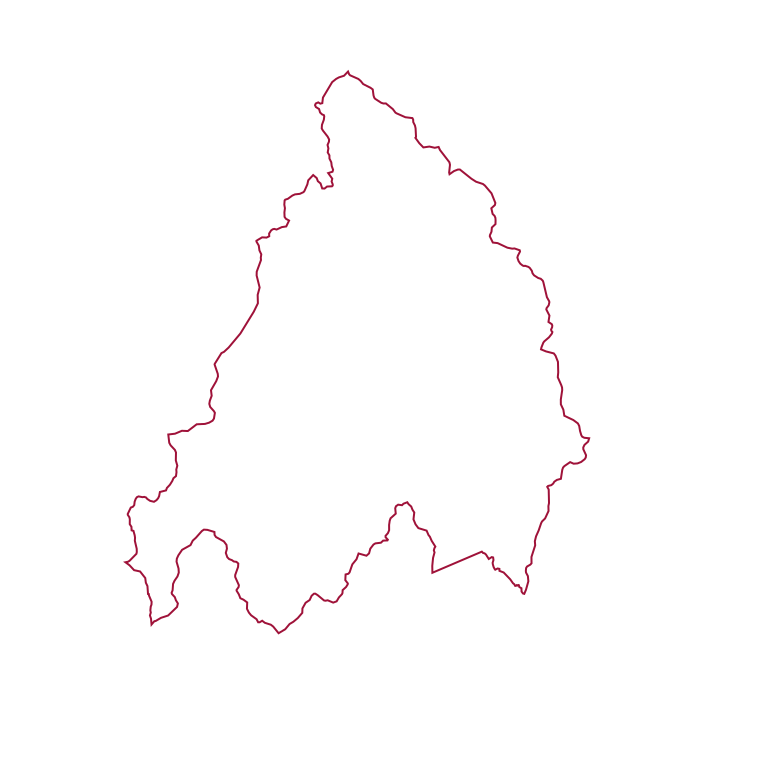 the district of Lam Binh, Tuyên Quang, Vietnam, rotated 15°
{"feature_id": "81297802B83942116722165", "entity_name": "Lam Binh", "entity_type": "district", "adm_level": 2, "iso_a3": "VNM", "parent_name": "Vietnam", "parent_adm1": "Tuyên Quang", "projection": "natural_earth1", "projection_center": [105.222, 22.507], "detail": "fine", "context": "isolated", "style": "outline", "palette": "rose", "viewbox_px": 768, "rotation_deg": 15, "n_neighbors": 0, "source": "geoboundaries", "source_scale": "gbopen_adm2", "svg_char_len": 6156}
<svg xmlns="http://www.w3.org/2000/svg" viewBox="0 0 768 768"><g transform="rotate(15 384 384)"><path d="M265.6,96.6L261.1,99.5L258.8,101.7L255.8,105.8L250.9,123.1L251.7,128.7L249.9,129.7L247.6,129.0L245.5,130.7L245.2,132.5L246.5,134.1L250.1,135.2L252.0,138.3L254.4,139.6L256.4,139.9L257.0,140.9L257.5,144.3L257.0,149.7L257.7,153.3L259.4,155.0L265.5,159.6L267.7,162.0L268.1,164.2L267.6,167.7L269.3,170.8L269.7,174.9L272.1,177.3L273.0,180.4L275.7,183.5L277.1,187.0L279.4,190.3L279.3,192.3L275.5,194.7L280.9,199.1L281.0,202.0L282.8,204.4L283.1,205.6L282.6,206.5L277.9,208.0L276.0,210.6L273.7,211.1L270.8,206.7L267.6,205.2L265.7,202.5L261.5,200.5L258.1,206.9L258.3,211.0L257.2,218.1L256.6,219.5L253.5,222.1L248.9,223.9L246.7,225.7L243.2,230.0L240.9,231.5L240.5,232.4L241.3,236.6L242.8,239.8L243.4,244.1L244.7,248.3L246.5,249.8L250.0,250.7L248.8,257.1L244.7,258.9L240.3,262.6L237.8,262.6L236.4,263.4L235.2,264.9L234.1,268.4L234.9,271.0L232.6,273.0L228.3,273.9L223.7,278.6L223.9,279.4L227.2,282.7L229.1,287.2L231.9,290.5L232.3,293.9L233.1,296.1L232.0,308.5L232.9,312.2L238.9,323.0L238.9,330.6L241.3,338.7L239.5,347.9L232.2,372.4L224.5,389.0L221.1,394.4L219.0,396.2L215.3,408.3L215.3,409.0L220.8,417.2L221.7,419.7L221.2,424.7L218.5,434.8L220.6,440.0L220.1,445.2L220.4,448.4L222.1,451.2L226.7,454.2L228.1,455.6L228.7,461.4L227.9,463.8L225.1,466.6L221.4,468.9L213.5,471.4L206.7,480.2L200.9,481.5L195.0,486.1L188.7,488.6L191.8,496.4L193.8,498.5L199.1,501.8L200.8,504.0L202.7,511.7L205.5,516.4L205.5,520.4L206.4,522.9L206.9,526.8L205.0,529.5L204.6,532.4L203.3,536.7L201.2,540.6L201.0,543.2L195.5,546.3L195.8,550.5L195.4,552.8L194.3,555.1L192.3,557.3L188.3,557.4L185.1,556.3L183.5,555.2L181.6,555.1L180.1,555.8L176.0,556.1L174.6,557.3L173.9,559.2L173.6,562.2L174.1,565.6L173.2,567.6L171.4,568.9L170.1,575.9L170.4,576.7L172.6,578.7L173.5,580.5L174.7,585.2L177.0,587.3L178.1,590.7L180.0,590.7L182.3,594.6L183.3,596.9L183.9,599.9L187.8,607.2L188.7,610.3L188.8,612.1L184.0,620.6L182.8,621.9L180.4,623.1L185.2,625.0L190.8,628.5L196.9,628.2L203.6,633.2L205.4,637.6L207.8,640.4L210.4,647.9L211.2,647.8L211.7,649.1L215.9,654.5L216.5,657.3L216.3,659.4L216.9,663.1L217.9,665.2L217.8,668.1L219.7,671.0L221.7,676.5L223.6,672.5L224.7,672.1L229.1,667.6L235.4,663.5L241.8,652.9L241.7,649.3L239.0,646.8L237.1,644.0L233.6,641.8L232.9,640.7L233.2,638.0L232.0,631.7L232.6,628.2L234.3,623.4L234.6,619.3L233.3,615.4L229.6,609.3L229.1,606.3L229.7,602.7L231.9,596.4L238.8,589.7L239.8,584.8L242.1,581.2L246.1,573.2L247.7,571.3L251.1,570.6L258.5,570.8L259.4,573.6L261.3,575.3L270.1,577.5L273.5,580.2L274.9,583.7L274.9,588.1L277.5,591.9L279.7,593.2L282.7,593.5L284.8,594.3L287.5,594.0L289.7,595.1L290.4,598.5L289.7,607.0L290.2,608.9L295.9,615.9L296.1,617.8L294.9,621.0L295.1,621.8L298.2,624.7L300.7,628.1L304.1,628.7L308.4,630.4L309.8,636.6L312.7,639.8L315.5,641.8L321.8,644.2L324.1,646.7L325.6,646.3L327.6,644.2L330.7,645.5L337.0,645.8L339.8,647.0L346.7,652.0L352.1,646.4L354.9,640.3L358.0,637.1L361.3,632.4L364.3,626.2L363.3,621.9L364.9,615.6L368.1,611.9L368.9,607.3L370.6,604.7L371.9,604.3L374.5,605.1L382.1,608.6L383.5,608.5L385.6,607.5L391.5,608.3L394.5,606.2L395.7,601.8L397.8,597.9L398.0,596.7L397.4,593.8L399.9,589.9L400.8,586.9L400.7,586.0L397.4,583.5L396.2,577.9L398.7,576.5L399.5,574.9L400.1,566.4L402.8,560.4L403.3,554.3L411.5,554.4L413.4,551.5L413.4,546.6L415.4,541.8L416.9,540.2L422.1,538.1L423.7,535.5L427.8,534.2L428.0,533.4L425.2,531.6L424.8,530.3L426.4,527.0L426.8,523.9L425.4,518.8L424.9,514.6L425.1,512.0L428.9,506.2L427.0,501.1L427.2,499.0L428.9,496.9L432.8,496.4L433.8,494.6L437.1,492.2L438.8,493.7L442.0,495.3L444.0,498.0L446.5,500.3L447.5,507.1L450.8,511.4L454.5,514.3L463.1,514.6L466.1,518.4L467.8,519.6L470.6,523.1L475.7,527.8L475.2,529.5L475.2,531.8L476.4,533.6L476.4,539.3L477.7,547.2L479.6,553.8L521.9,520.6L523.5,521.6L524.9,521.5L526.6,522.3L530.5,525.9L532.9,523.3L534.3,523.3L535.3,525.7L535.2,528.6L535.8,530.0L537.3,532.5L539.1,534.4L539.5,534.6L541.5,532.8L543.3,532.7L543.9,534.6L548.4,535.1L556.5,540.0L560.2,543.1L561.7,543.7L562.8,545.0L563.6,544.9L564.3,543.9L565.2,544.1L565.7,543.4L566.3,543.4L567.3,545.1L569.6,545.7L570.6,548.9L572.5,550.4L573.8,550.4L574.4,546.0L574.5,537.2L572.7,532.3L570.0,529.4L569.4,527.9L568.9,525.0L569.4,523.3L572.1,520.6L572.9,519.0L571.2,512.9L571.8,500.7L570.4,496.8L570.3,491.8L571.3,485.4L571.8,477.8L572.2,475.9L574.4,472.2L575.8,464.1L574.4,459.4L574.2,456.3L570.4,443.3L568.3,441.1L568.9,440.0L571.8,438.4L573.2,436.4L573.8,434.3L575.8,431.9L579.4,429.8L578.4,420.7L578.6,418.3L579.5,416.6L584.0,411.3L587.8,411.9L591.5,410.6L594.6,408.3L597.3,404.7L597.9,402.8L597.6,400.5L593.4,395.4L592.9,393.7L593.4,390.9L596.1,386.8L596.2,383.3L591.4,384.1L589.1,383.6L587.9,382.5L585.5,378.6L583.4,374.0L581.5,371.9L576.2,369.8L566.4,368.0L563.9,362.4L560.1,357.9L558.8,353.2L557.7,343.7L556.9,341.3L555.5,339.2L550.1,332.5L549.3,327.7L546.3,317.6L542.3,312.2L540.1,310.5L532.1,310.6L526.7,309.9L526.6,307.9L527.2,302.8L527.8,301.3L531.3,296.2L533.1,291.9L533.2,290.2L531.9,289.3L531.3,288.2L531.7,285.6L531.4,283.9L530.6,282.8L526.8,281.5L526.1,275.1L521.5,270.0L521.4,268.7L522.7,265.4L522.6,262.4L522.2,261.4L518.9,258.0L511.5,244.3L510.6,243.1L508.2,241.8L505.5,241.7L500.8,240.2L498.8,238.6L497.5,236.4L494.7,234.1L493.1,233.5L489.6,233.3L488.7,233.8L487.3,233.7L484.5,232.5L482.2,230.5L480.1,227.4L480.1,225.4L481.1,220.9L480.5,219.7L475.0,219.3L472.8,220.1L467.9,220.4L457.3,218.5L452.5,219.2L448.0,214.0L447.8,212.8L448.4,209.1L447.7,204.9L450.3,200.7L449.4,197.0L448.6,194.7L447.3,193.0L444.9,191.6L442.2,186.5L444.8,182.4L444.7,180.3L438.5,172.0L430.1,166.2L427.8,165.2L420.6,164.8L415.3,163.1L401.8,157.2L399.9,157.7L396.5,160.2L393.0,164.4L392.2,162.9L391.0,155.2L389.8,152.9L377.5,143.5L375.4,140.9L371.9,142.7L366.4,142.9L360.8,145.3L355.8,142.3L350.6,138.1L351.0,137.1L348.3,128.8L347.0,126.3L344.5,123.5L343.7,121.0L342.6,119.8L335.6,120.8L326.1,119.3L324.8,118.9L321.4,116.2L313.2,112.5L310.9,113.2L308.6,113.1L301.8,110.9L300.5,110.0L299.2,108.0L296.9,102.4L294.4,101.4L286.3,99.7L283.0,97.3L280.3,96.0L271.4,94.6L270.2,93.9L268.4,91.5L265.6,96.6Z" fill="none" stroke="#9f1239" stroke-width="2"/></g></svg>